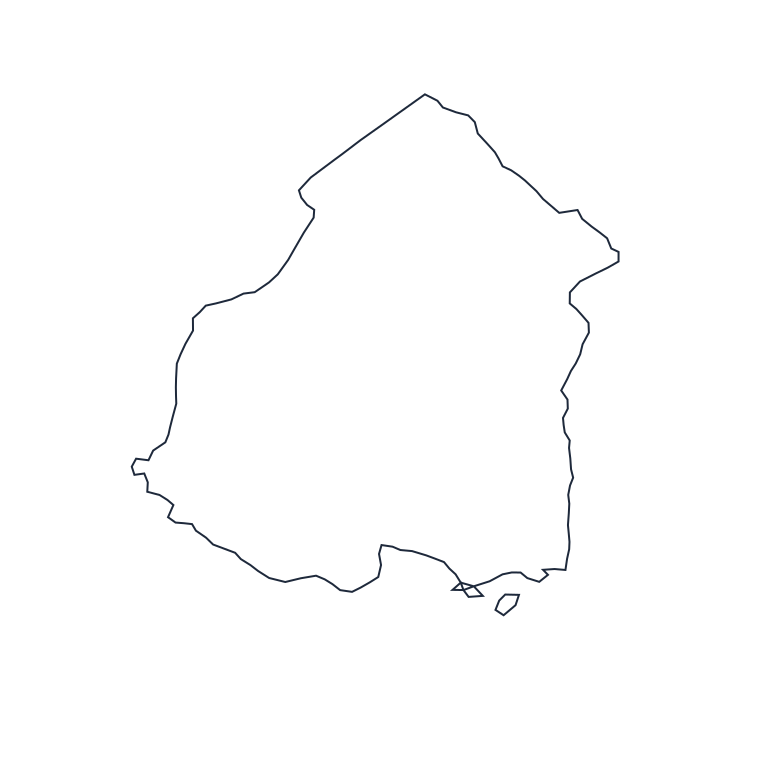 São Gonçalo, Rio de Janeiro, Brazil (Equal Earth projection), rotated 250°
{"feature_id": "56859067B71133988881578", "entity_name": "São Gonçalo", "entity_type": "district", "adm_level": 2, "iso_a3": "BRA", "parent_name": "Brazil", "parent_adm1": "Rio de Janeiro", "projection": "equal_earth", "projection_center": [-43.016, -22.822], "detail": "fine", "context": "isolated", "style": "outline", "palette": "slate", "viewbox_px": 768, "rotation_deg": 250, "n_neighbors": 0, "source": "geoboundaries", "source_scale": "gbopen_adm2", "svg_char_len": 2173}
<svg xmlns="http://www.w3.org/2000/svg" viewBox="0 0 768 768"><g transform="rotate(250 384 384)"><path d="M310.5,157.1L300.5,164.2L291.6,168.5L276.3,186.4L268.4,189.6L259.6,196.5L251.4,201.7L241.0,209.7L231.7,223.5L229.9,239.5L227.1,254.6L220.7,261.5L213.6,267.1L205.3,272.3L199.6,282.9L200.7,292.5L202.5,302.9L204.6,312.6L214.9,319.3L226.0,321.2L233.5,326.6L228.2,336.4L222.4,342.6L217.4,353.2L208.5,365.1L202.8,371.8L196.1,379.5L188.2,382.3L180.7,386.2L171.1,388.2L163.2,399.2L162.5,415.8L164.6,430.3L163.2,439.7L160.1,447.9L152.6,452.3L145.0,462.2L148.6,472.8L155.0,469.9L151.8,481.0L147.2,490.9L157.2,496.3L165.4,501.5L172.2,504.3L180.0,506.4L188.5,508.6L199.2,513.4L208.2,517.2L216.8,519.2L225.0,524.1L231.3,529.7L239.9,530.6L250.3,533.6L260.6,536.0L267.4,539.2L276.7,537.3L284.1,538.8L290.9,540.6L298.0,548.3L306.6,551.1L317.3,548.3L325.9,557.8L332.3,564.1L337.7,571.2L344.8,578.5L353.4,584.2L362.2,594.1L371.5,597.1L380.5,593.7L388.7,590.4L396.2,586.1L406.5,590.0L413.3,603.2L415.4,620.6L416.8,634.0L418.9,646.3L427.9,649.6L433.6,643.9L444.6,643.5L452.5,638.6L461.0,632.9L471.4,626.7L481.3,625.4L484.9,607.2L503.5,596.7L513.1,593.2L520.3,589.5L527.0,586.1L533.4,582.2L541.3,576.6L548.0,569.9L556.6,568.8L563.8,567.5L574.5,563.2L587.3,557.8L599.0,558.9L607.6,555.0L614.7,544.6L623.7,533.9L631.9,531.1L642.2,521.5L629.4,475.3L621.2,445.4L614.4,423.5L611.5,413.6L603.1,385.8L595.1,370.3L587.4,370.0L578.5,373.0L571.6,378.0L564.4,374.8L553.7,360.5L540.7,345.0L533.4,336.4L523.4,321.7L518.8,310.7L514.5,293.9L517.0,282.9L515.7,269.5L517.2,253.7L518.6,243.3L514.6,235.6L511.1,226.9L499.5,222.8L489.7,211.2L481.5,203.0L474.0,196.3L460.3,190.5L452.1,187.3L443.7,184.4L436.6,182.1L425.5,174.3L416.4,168.1L410.2,164.2L404.0,158.6L400.4,144.3L392.9,136.6L398.6,125.5L392.6,118.7L384.0,118.4L381.9,128.1L372.4,128.4L363.7,124.7L356.5,135.1L349.0,140.9L342.3,144.7L332.7,135.5L325.1,140.7L321.6,148.4L318.0,155.7L310.5,157.1ZM144.7,425.9L141.1,418.2L133.6,411.5L125.8,417.3L131.2,432.0L139.7,438.7L144.7,425.9ZM163.2,399.2L163.2,388.2L155.0,390.7L151.1,404.4L163.2,399.2ZM171.1,388.2L167.1,378.0L163.2,388.2L171.1,388.2Z" fill="none" stroke="#1e293b" stroke-width="2"/></g></svg>